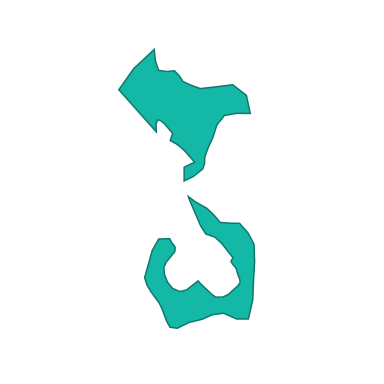 Lankaran, Natural Earth projection, rotated 140°
{"feature_id": "AZE-1707", "entity_name": "Lankaran", "entity_type": "District", "adm_level": 1, "iso_a3": "AZE", "parent_name": "Azerbaijan", "parent_adm1": "", "projection": "natural_earth1", "projection_center": [48.931, 38.926], "detail": "fine", "context": "isolated", "style": "filled", "palette": "teal", "viewbox_px": 384, "rotation_deg": 140, "n_neighbors": 0, "source": "natural_earth", "source_scale": "10m", "svg_char_len": 1376}
<svg xmlns="http://www.w3.org/2000/svg" viewBox="0 0 384 384"><g transform="rotate(140 192 192)"><path d="M190.9,205.6L182.1,216.0L170.9,213.2L171.1,227.0L171.8,233.3L173.2,239.4L175.7,245.4L169.2,249.3L169.2,255.1L169.2,261.3L170.0,266.5L171.6,269.2L175.7,267.4L180.7,261.0L182.3,317.4L157.3,324.0L129.3,325.5L135.6,316.2L139.4,306.8L134.0,300.6L127.6,296.2L127.0,289.6L127.9,282.4L123.9,274.0L119.1,265.8L105.6,256.9L91.9,248.0L88.2,231.1L96.9,214.7L107.0,223.4L117.9,229.8L129.8,227.4L141.0,220.3L150.9,215.7L160.0,210.3L164.1,205.7L168.8,202.8L181.0,203.0L190.9,205.6ZM295.8,102.6L294.4,109.5L290.0,122.0L288.5,128.0L287.6,141.7L286.2,150.0L283.3,156.9L260.0,172.8L247.7,177.4L239.1,170.6L240.1,166.0L240.0,162.9L240.5,160.3L243.4,157.4L257.3,154.7L262.1,152.3L266.2,146.4L268.7,138.6L268.9,130.9L265.4,123.6L259.2,120.5L244.4,120.0L244.4,116.6L242.6,100.7L241.4,96.2L235.9,91.7L230.0,90.2L216.8,90.7L213.1,91.9L211.3,95.0L210.0,99.0L207.5,104.6L207.2,106.5L207.3,110.8L206.7,113.8L205.2,114.6L203.7,114.6L202.9,115.0L202.3,133.1L203.4,142.6L208.4,150.9L207.2,160.4L198.8,188.2L197.7,190.8L195.8,182.5L191.1,170.0L190.0,159.6L190.0,150.6L183.0,143.7L175.7,137.5L175.4,124.7L178.0,112.2L188.8,98.4L200.9,85.6L214.9,70.2L230.4,58.5L239.5,66.1L245.6,78.7L255.2,84.9L266.1,88.0L278.2,94.0L290.9,97.1L295.8,102.6Z" fill="#14b8a6" stroke="#0f766e" stroke-width="1.5"/></g></svg>